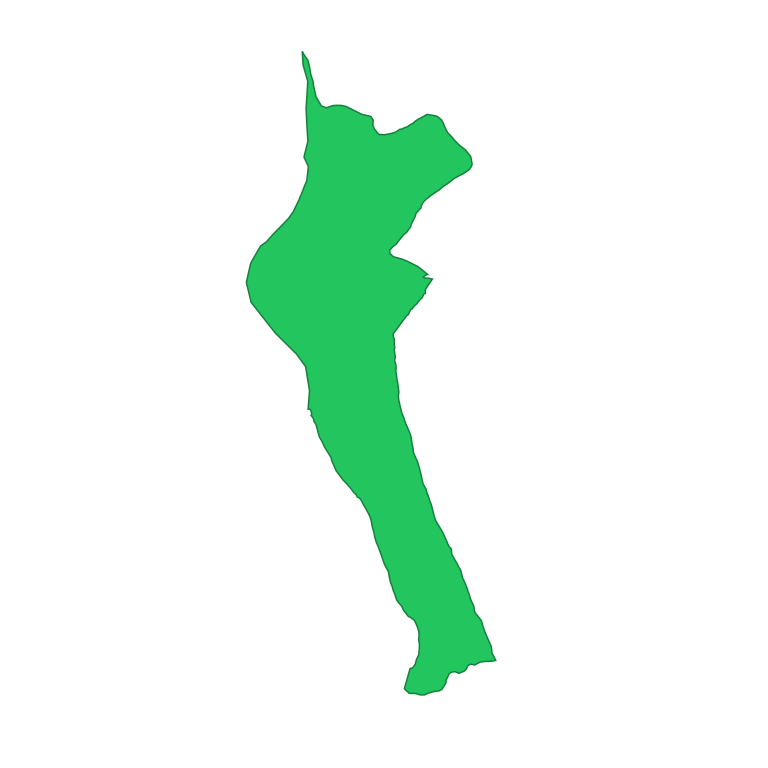 the district of Ibi, Taraba, Nigeria, rotated 118°
{"feature_id": "59680162B80393484388201", "entity_name": "Ibi", "entity_type": "district", "adm_level": 2, "iso_a3": "NGA", "parent_name": "Nigeria", "parent_adm1": "Taraba", "projection": "robinson", "projection_center": [9.855, 8.395], "detail": "fine", "context": "isolated", "style": "filled", "palette": "green", "viewbox_px": 768, "rotation_deg": 118, "n_neighbors": 0, "source": "geoboundaries", "source_scale": "gbopen_adm2", "svg_char_len": 4311}
<svg xmlns="http://www.w3.org/2000/svg" viewBox="0 0 768 768"><g transform="rotate(118 384 384)"><path d="M575.5,155.6L571.0,162.1L570.7,162.5L567.4,164.6L565.0,166.6L560.2,172.7L557.8,175.7L556.2,177.7L550.6,183.8L547.3,186.8L546.2,189.2L545.0,191.8L543.6,195.4L543.5,195.7L541.9,197.7L540.7,198.5L538.6,199.8L536.2,202.8L534.6,204.9L533.9,205.8L533.0,206.9L529.8,209.9L528.2,211.9L524.2,216.0L522.6,218.0L520.2,221.0L517.8,224.1L515.4,226.1L512.1,229.2L510.6,232.1L508.2,235.2L505.8,239.1L502.7,244.1L497.8,247.3L497.1,250.2L494.7,253.2L493.5,254.7L493.4,254.8L492.3,256.2L489.9,259.3L487.5,262.3L485.1,266.3L480.4,274.2L476.4,278.3L470.7,283.4L467.5,286.5L465.9,288.5L461.9,292.5L460.3,294.6L458.9,295.8L457.0,297.6L453.9,302.6L451.4,304.7L446.6,308.8L443.3,311.8L440.9,313.9L436.9,317.9L434.5,321.0L432.1,324.0L430.5,326.0L430.4,326.1L427.2,328.1L422.3,332.2L419.9,333.8L419.1,334.3L415.8,337.4L413.4,340.4L410.2,344.4L408.6,346.4L403.8,351.5L401.4,354.5L400.7,355.2L396.7,358.7L395.7,359.6L390.9,363.7L387.6,365.8L384.3,367.0L381.6,368.9L376.9,372.2L374.5,374.2L372.7,375.5L368.7,378.3L367.3,379.6L364.7,380.5L361.4,382.6L357.9,386.0L355.3,386.4L349.0,391.0L347.0,391.5L344.2,393.5L339.6,395.8L337.8,398.1L335.5,399.4L324.1,397.7L321.5,397.3L320.7,397.2L319.1,397.0L315.9,396.5L313.1,396.1L311.2,395.1L309.3,395.2L305.5,395.4L304.5,394.4L299.8,393.5L297.8,392.6L292.1,391.8L290.2,390.8L285.5,391.0L284.5,390.0L281.2,391.8L275.5,391.3L269.6,390.6L268.6,390.5L268.9,391.6L270.0,395.1L271.5,398.0L270.9,399.6L268.9,398.5L267.0,397.3L266.8,396.9L265.4,403.3L264.4,409.1L264.5,414.2L264.6,420.0L265.3,427.0L267.2,435.3L266.1,439.9L263.3,441.8L258.7,440.7L254.7,438.8L250.7,438.3L242.2,436.5L239.9,435.3L235.8,434.7L232.5,434.2L230.8,434.9L226.8,435.0L221.7,435.1L218.3,435.8L215.4,435.2L211.4,434.0L208.6,434.7L205.8,434.8L201.2,433.6L197.2,431.8L193.2,429.9L186.3,426.2L181.7,424.4L176.0,421.3L170.2,418.9L164.5,415.2L161.0,412.7L155.3,409.6L151.9,409.0L149.0,409.1L144.6,412.4L142.3,414.4L140.7,418.2L139.0,422.1L138.0,428.6L135.9,435.7L134.2,439.6L132.1,446.0L128.8,450.6L126.0,453.9L123.8,457.1L122.7,462.9L123.5,465.7L124.0,467.4L125.7,472.5L129.0,474.6L131.6,476.4L134.2,478.2L137.6,479.9L140.2,480.8L142.8,482.6L146.2,484.3L148.0,486.2L150.6,488.0L150.8,488.3L151.6,489.5L152.7,490.1L155.7,491.7L159.1,494.9L163.2,499.9L166.1,505.6L163.4,512.1L160.6,515.4L156.1,517.4L153.9,521.3L156.3,530.2L156.5,537.3L156.5,538.6L156.7,547.6L157.9,552.0L159.7,555.8L162.0,559.6L167.2,564.7L167.9,569.8L162.3,578.9L158.4,582.2L153.9,586.1L150.0,588.8L145.0,594.0L140.5,597.4L136.6,600.7L133.8,603.3L130.5,609.8L128.6,612.4L140.2,605.3L152.6,593.4L159.5,590.2L177.4,582.1L195.3,571.4L205.3,565.2L221.2,561.2L227.6,552.8L240.6,547.7L261.5,545.5L274.8,545.0L282.8,546.1L291.9,548.7L303.7,552.2L313.8,554.6L320.1,557.8L335.6,558.3L339.9,558.4L350.0,555.7L354.0,554.6L358.8,553.3L360.4,552.0L361.5,551.0L366.6,546.4L374.2,539.8L382.0,522.2L390.1,503.7L398.6,475.4L405.5,461.3L408.8,458.8L412.8,455.8L415.6,453.7L424.9,446.6L428.6,445.0L440.5,439.8L441.9,439.2L441.1,437.9L441.1,437.2L442.4,435.4L443.5,434.4L444.0,434.1L445.1,433.7L445.9,433.7L447.5,430.3L449.9,428.3L451.5,425.3L454.7,422.2L458.0,419.2L461.2,416.1L463.6,412.1L465.1,410.1L467.5,407.1L471.5,400.2L473.8,396.2L476.2,394.1L477.8,392.1L483.3,385.2L486.5,378.1L488.0,375.2L488.8,372.2L490.3,368.3L491.8,364.4L494.1,359.4L494.8,356.5L496.4,354.5L496.3,351.6L497.9,348.6L499.5,346.6L502.6,341.6L506.6,335.6L508.2,333.6L511.4,330.5L513.4,329.0L515.5,327.4L519.5,323.4L523.6,320.3L527.6,316.2L530.8,312.2L537.2,305.1L538.1,304.2L542.0,300.0L544.4,297.0L547.6,292.0L551.7,288.9L556.5,284.8L558.9,281.8L562.2,278.7L564.6,275.7L568.6,271.6L570.1,268.7L572.1,263.5L574.5,260.8L577.9,253.2L577.6,251.3L578.3,246.6L579.2,245.1L580.0,244.0L583.2,240.0L586.4,237.0L589.7,234.9L593.0,233.7L597.1,230.6L601.2,228.5L607.0,226.2L612.0,226.0L617.0,224.8L621.3,225.5L623.0,227.4L643.4,223.0L645.3,216.6L642.5,210.9L641.5,206.1L639.6,202.4L636.1,199.7L634.4,197.8L631.7,195.1L629.1,191.3L626.5,189.5L618.9,189.0L616.4,190.1L613.0,190.2L608.9,190.4L606.3,188.6L604.5,185.8L604.3,182.0L599.9,178.4L597.4,177.5L593.2,177.7L590.6,175.9L589.6,172.1L587.0,170.3L584.4,168.5L581.7,164.8L579.0,160.1L577.2,157.3L575.5,155.6Z" fill="#22c55e" stroke="#15803d" stroke-width="1.5"/></g></svg>